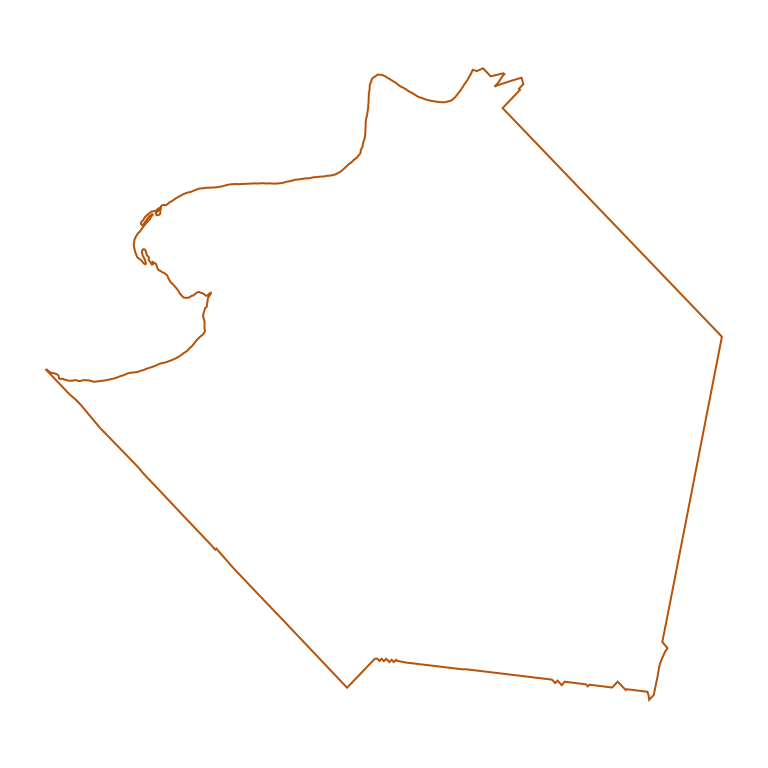 Belmont, Western Australia, Australia
{"feature_id": "25037944B8488281546819", "entity_name": "Belmont", "entity_type": "district", "adm_level": 2, "iso_a3": "AUS", "parent_name": "Australia", "parent_adm1": "Western Australia", "projection": "natural_earth1", "projection_center": [115.924, -31.954], "detail": "fine", "context": "isolated", "style": "outline", "palette": "amber", "viewbox_px": 768, "rotation_deg": 0, "n_neighbors": 0, "source": "geoboundaries", "source_scale": "gbopen_adm2", "svg_char_len": 6024}
<svg xmlns="http://www.w3.org/2000/svg" viewBox="0 0 768 768"><path d="M472.8,69.8L472.3,70.7L471.4,72.9L470.2,75.1L468.6,77.8L468.0,79.0L467.2,80.4L464.6,84.0L463.0,86.7L462.4,87.4L461.0,89.7L456.5,95.5L455.2,97.2L454.5,97.9L453.5,98.6L452.9,99.3L450.5,100.8L444.5,102.3L440.5,102.2L438.4,101.9L437.2,101.9L434.0,101.2L431.5,100.9L427.9,100.1L423.9,98.9L422.0,97.9L419.0,97.2L418.0,96.7L413.5,93.8L410.4,92.1L408.6,91.2L405.4,88.9L403.6,87.9L399.9,86.1L398.1,84.7L395.8,82.8L386.7,77.3L385.3,76.3L382.3,75.1L380.7,74.8L378.0,74.6L377.1,74.9L375.7,76.1L374.0,77.1L373.1,77.7L371.8,79.1L371.5,80.6L371.0,82.2L370.0,84.2L369.8,85.0L369.5,90.2L369.2,91.8L368.8,92.9L368.9,93.3L368.5,103.7L368.3,104.2L368.2,104.6L368.3,106.3L368.1,108.0L367.4,113.1L366.6,117.0L366.3,118.2L365.9,120.4L365.6,123.7L365.7,126.3L365.5,127.9L365.3,133.9L365.0,136.4L364.4,139.3L364.0,140.4L363.5,141.5L362.7,145.1L362.7,145.9L361.9,148.1L361.4,148.9L360.9,149.5L360.8,149.8L360.7,150.6L360.7,151.8L360.6,152.6L359.6,154.4L358.5,155.5L356.6,157.9L354.7,159.2L352.9,160.7L352.6,161.2L351.4,162.2L350.9,162.8L349.2,163.8L341.9,170.6L340.2,171.9L336.7,173.6L335.0,174.6L332.5,175.2L331.2,175.3L329.9,175.7L327.0,175.8L323.8,176.5L319.9,176.6L318.7,176.9L315.8,177.2L314.4,177.1L308.5,178.4L305.9,178.3L300.0,179.3L295.4,179.7L294.1,180.0L291.0,181.0L286.8,181.7L282.6,182.9L279.5,183.3L278.4,183.3L277.3,183.5L276.2,183.6L273.2,183.6L269.0,183.3L266.1,183.5L262.9,183.2L261.2,183.3L258.5,183.5L253.8,183.4L242.8,184.0L241.9,184.0L237.6,184.2L235.9,184.0L230.6,184.3L226.9,185.0L221.6,186.5L217.3,187.1L215.9,187.4L206.0,187.8L203.0,188.3L200.8,188.4L199.3,188.6L198.1,188.9L190.4,192.0L188.3,192.4L185.3,193.4L184.2,193.8L182.6,194.6L175.7,198.4L172.7,200.6L169.2,202.5L168.3,203.5L166.8,204.6L166.2,205.0L165.4,205.2L164.7,205.2L163.8,204.8L162.4,205.2L160.8,206.3L160.8,206.7L161.0,207.3L160.9,208.5L160.7,209.2L160.1,210.5L160.3,211.9L160.3,213.5L160.2,213.8L159.0,214.8L158.3,215.1L156.7,215.2L156.2,214.6L155.8,213.9L155.7,213.5L155.8,213.2L156.0,212.8L156.7,212.3L157.4,211.5L158.2,210.9L159.1,209.7L159.6,208.7L159.6,208.4L159.4,208.1L158.3,208.5L156.6,210.1L156.0,210.6L154.8,211.1L153.9,211.3L152.7,211.3L152.0,211.4L150.3,212.4L147.2,214.9L144.8,217.3L143.3,219.8L141.0,222.5L140.8,222.8L140.8,223.2L141.0,224.0L141.3,224.4L142.1,225.2L143.0,224.8L144.4,223.0L145.0,222.0L145.5,221.5L146.2,220.5L147.2,218.9L149.3,216.3L149.6,216.0L150.3,215.8L150.7,215.5L151.9,214.3L152.3,214.2L152.7,214.7L152.5,215.4L151.7,215.9L150.9,216.8L150.3,218.6L149.6,219.5L148.1,221.0L147.5,221.9L146.1,223.2L145.6,223.9L145.1,224.6L144.2,225.5L141.4,229.3L140.8,230.3L140.2,231.2L138.0,233.2L135.6,237.1L134.4,239.9L134.3,241.4L133.8,243.9L133.8,245.8L134.7,249.9L135.4,252.6L136.5,255.3L137.0,256.6L137.6,257.6L140.1,259.4L142.0,261.2L142.2,261.6L143.7,263.3L144.6,264.0L144.8,264.1L145.6,264.1L145.8,263.7L145.9,262.9L144.3,258.3L143.1,256.4L142.6,255.1L142.0,252.8L142.0,252.0L142.1,250.9L142.5,249.9L142.7,249.7L143.7,249.1L144.4,249.4L144.9,249.8L145.7,251.0L145.9,251.3L146.2,253.2L146.9,255.3L147.7,256.1L148.0,256.2L148.6,256.8L148.7,257.2L148.8,257.5L148.7,259.9L148.8,260.2L149.5,261.2L150.0,261.7L150.6,262.6L151.7,264.6L152.1,264.6L153.0,264.1L152.6,262.7L152.6,261.9L153.0,262.0L154.2,262.9L156.0,263.9L156.3,264.6L156.6,265.8L157.7,268.8L158.3,269.8L159.6,270.6L160.7,271.1L162.1,272.1L165.1,273.6L166.6,274.8L167.5,276.1L168.4,278.4L169.4,280.2L170.6,282.1L172.3,283.7L175.8,287.5L178.1,290.5L179.5,292.9L180.4,294.1L182.5,296.5L183.6,297.5L184.3,297.7L185.1,297.8L187.1,297.8L189.0,297.5L190.7,296.5L191.5,295.9L192.6,295.7L193.6,295.3L195.4,293.7L197.5,292.3L198.4,292.0L199.2,292.0L200.3,292.6L203.1,293.5L203.4,293.6L204.5,294.6L206.3,295.8L207.5,295.4L209.6,293.4L210.8,292.7L211.0,292.9L210.8,293.6L208.7,296.7L208.0,298.0L207.8,298.7L207.4,302.2L207.0,304.3L206.8,306.4L206.6,307.0L206.4,307.2L205.6,307.8L205.0,308.4L204.9,308.8L204.2,311.4L203.5,313.3L203.2,315.0L203.1,315.8L203.4,317.0L203.4,317.7L204.1,319.7L204.5,321.8L204.6,322.7L204.6,324.1L204.5,325.4L204.5,327.8L204.6,328.9L204.9,330.4L204.9,330.8L204.9,331.2L204.5,332.2L202.5,335.0L200.2,336.6L196.8,340.0L194.4,343.1L192.6,345.4L189.3,348.5L186.9,351.1L184.2,352.8L180.0,355.9L177.0,357.7L173.0,359.6L166.8,362.0L164.6,362.6L162.1,363.2L161.1,363.3L160.0,363.7L158.9,364.1L156.4,365.3L153.1,366.6L147.9,368.3L142.7,370.3L140.4,370.8L138.1,371.9L137.3,372.1L133.8,372.4L129.4,372.9L128.6,373.2L126.2,373.9L124.3,375.0L122.5,375.5L119.2,376.6L115.5,378.0L112.7,378.8L104.2,380.6L102.4,380.7L99.4,381.2L93.7,381.8L90.1,380.6L86.8,380.2L83.2,380.2L81.9,380.5L81.2,380.8L80.0,381.0L78.9,381.1L77.4,380.7L76.5,380.2L75.2,380.1L72.7,380.6L70.1,380.8L68.7,380.6L67.5,380.4L65.7,379.8L65.3,379.8L64.5,379.5L63.6,379.4L62.7,378.8L62.4,378.7L60.2,378.9L59.8,378.9L59.0,378.1L58.8,376.5L58.6,375.8L58.0,375.1L57.1,374.4L54.9,373.5L51.7,372.9L50.8,372.6L48.6,371.2L46.8,369.5L46.1,369.9L47.8,371.5L67.3,392.0L70.4,395.1L75.7,399.6L80.8,404.9L100.0,427.9L121.7,450.2L136.2,465.2L139.1,468.3L140.4,469.8L141.9,471.8L146.8,477.2L155.2,485.9L184.1,516.6L210.1,543.9L215.2,549.7L216.3,548.5L232.1,566.7L259.4,595.5L280.5,617.5L313.6,652.4L316.4,655.3L329.0,668.7L347.1,687.7L374.9,658.7L377.3,658.6L379.5,661.0L381.7,658.8L383.9,661.1L386.2,658.8L389.4,662.1L391.6,659.8L393.8,662.1L396.1,659.8L397.1,660.8L405.6,662.5L463.1,669.4L465.3,669.2L551.7,679.6L552.6,680.3L555.2,683.0L557.5,680.7L561.8,685.2L564.6,681.7L585.8,684.3L587.8,686.4L589.4,684.7L612.1,687.5L617.7,681.7L625.8,690.1L626.7,689.2L647.5,691.8L648.5,695.2L649.1,698.8L649.2,699.7L653.8,694.9L656.2,682.9L657.6,676.6L659.1,667.1L660.0,663.7L662.2,658.0L663.7,654.9L665.2,651.4L667.5,648.2L662.3,642.0L663.8,634.3L664.4,632.0L665.0,627.9L665.5,626.0L675.8,573.4L721.9,336.7L502.6,108.1L520.0,89.9L518.9,88.8L523.3,84.2L521.5,77.7L512.5,80.4L501.7,83.9L497.7,85.2L494.4,86.6L497.5,83.6L498.9,81.7L502.1,76.7L504.4,74.0L503.4,73.3L490.7,76.3L483.0,68.3L476.8,71.1L472.8,69.8Z" fill="none" stroke="#b45309" stroke-width="2"/></svg>